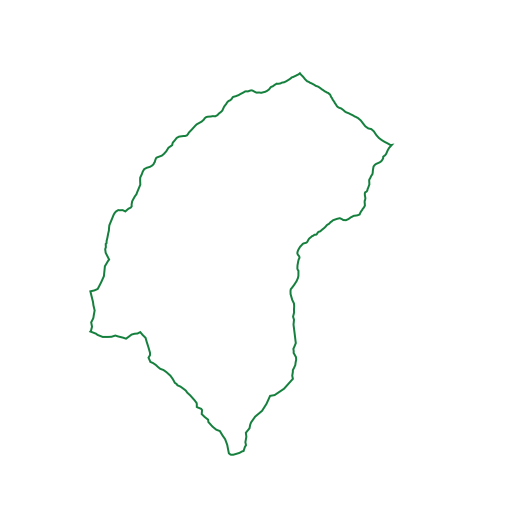 the district of Gasetsho Om, Wangdi Phodrang, Bhutan, rotated 320°
{"feature_id": "84629894B49729691627906", "entity_name": "Gasetsho Om", "entity_type": "district", "adm_level": 2, "iso_a3": "BTN", "parent_name": "Bhutan", "parent_adm1": "Wangdi Phodrang", "projection": "mercator", "projection_center": [89.831, 27.343], "detail": "fine", "context": "isolated", "style": "outline", "palette": "green", "viewbox_px": 512, "rotation_deg": 320, "n_neighbors": 0, "source": "geoboundaries", "source_scale": "gbopen_adm2", "svg_char_len": 6138}
<svg xmlns="http://www.w3.org/2000/svg" viewBox="0 0 512 512"><g transform="rotate(320 256 256)"><path d="M431.4,258.2L430.4,257.6L429.2,254.3L427.9,251.3L426.8,248.0L426.0,244.5L425.9,240.6L426.4,236.2L425.9,232.9L424.0,230.4L423.1,226.9L423.2,223.5L423.4,219.5L422.7,215.5L422.3,214.8L421.9,213.6L421.2,212.4L420.9,211.3L420.5,210.2L419.8,208.7L419.3,207.6L418.9,206.5L417.4,203.8L417.0,202.6L416.7,200.3L416.2,198.2L415.9,197.3L415.3,196.5L414.8,195.5L414.4,194.3L414.3,193.3L414.7,190.4L414.7,189.4L415.0,188.7L415.0,187.9L415.2,186.6L415.2,185.5L415.6,184.4L415.7,183.5L415.8,182.3L416.2,181.1L416.5,179.9L416.2,178.7L416.2,177.7L415.5,176.6L415.1,175.3L414.6,174.3L414.3,173.1L414.0,171.9L413.6,170.8L413.3,169.2L413.0,168.1L412.7,167.0L412.3,165.9L411.6,164.8L411.1,164.0L410.7,162.4L410.0,160.7L409.7,159.9L409.3,159.0L408.9,158.4L408.6,157.6L408.4,156.7L408.0,155.9L407.5,155.1L407.2,152.1L407.3,149.0L407.0,145.7L407.1,144.2L405.3,144.2L403.9,143.8L402.3,143.5L400.7,143.0L399.9,142.9L398.5,142.3L397.8,142.1L397.1,142.3L396.3,142.2L395.0,142.1L391.6,141.6L390.0,141.2L389.2,141.0L387.4,139.9L385.6,139.5L383.8,138.4L383.1,137.9L382.7,137.3L381.4,137.1L380.2,136.9L377.9,136.8L376.4,136.2L375.6,136.2L374.6,136.4L373.4,136.7L372.8,136.8L372.1,136.7L370.5,136.6L369.8,136.4L368.5,136.1L367.3,135.5L365.9,134.8L364.8,134.3L364.0,133.3L363.3,132.6L362.4,131.9L361.6,131.4L361.0,130.4L360.3,128.7L359.9,127.6L359.5,126.8L359.1,126.3L358.4,125.8L357.3,125.3L356.6,125.1L355.6,124.7L354.7,123.9L354.2,123.4L353.2,122.9L351.6,122.7L350.4,122.4L349.4,122.2L348.3,121.9L346.8,121.7L345.2,121.3L344.6,121.0L343.7,120.8L343.0,120.5L342.2,120.1L340.9,119.5L340.2,119.4L338.7,119.9L337.8,120.1L336.2,120.1L335.2,119.8L334.7,119.6L333.2,119.7L332.6,119.8L330.8,120.4L328.4,120.9L327.3,121.2L326.1,121.8L325.0,122.3L324.0,122.8L322.7,123.1L321.0,123.1L319.6,123.0L318.4,123.1L317.0,123.3L314.6,122.8L312.7,121.0L311.2,120.2L308.6,118.3L307.2,117.6L305.1,117.5L303.8,118.0L300.7,118.1L295.1,117.0L293.0,117.2L287.8,117.9L283.9,118.3L282.2,118.9L280.6,119.2L278.8,118.5L277.9,117.7L275.4,116.1L273.8,115.1L271.5,114.6L270.8,114.6L268.2,115.2L265.5,115.6L264.7,115.9L263.0,117.2L258.5,116.8L254.6,118.1L251.0,118.6L248.4,118.6L245.0,117.4L243.8,116.9L242.3,116.8L240.5,117.8L238.7,119.0L237.7,119.2L236.6,119.8L236.0,119.9L234.1,119.9L232.0,119.5L229.0,118.2L226.2,117.6L223.6,118.5L221.0,120.0L217.7,121.5L216.0,123.4L213.2,127.0L205.7,130.9L204.2,131.8L201.4,132.5L199.0,133.4L196.3,134.5L193.9,136.5L192.6,138.1L191.2,138.4L188.7,137.8L185.6,137.8L184.6,137.9L183.3,135.1L180.9,133.3L180.0,132.3L177.4,131.9L175.5,132.2L174.2,132.6L172.9,133.2L169.5,135.0L163.4,138.2L161.5,140.0L159.6,142.0L158.5,142.8L158.0,143.2L157.3,143.7L154.0,146.4L153.2,147.0L151.3,148.4L149.7,150.1L148.6,150.2L146.6,152.8L144.9,153.8L142.9,156.9L141.2,164.3L139.8,164.6L139.1,164.8L136.9,165.6L133.7,166.7L126.5,173.7L120.7,176.5L115.8,178.6L115.2,178.8L113.5,179.5L110.1,178.5L106.4,176.6L101.5,186.6L99.8,189.2L97.4,194.0L94.0,196.8L91.6,198.9L90.4,199.5L87.1,200.9L84.9,204.8L81.5,207.2L80.6,207.4L83.5,212.7L83.9,214.6L86.5,219.4L90.8,223.0L93.4,225.0L97.1,226.5L98.6,228.9L101.6,233.0L103.3,235.8L106.3,236.0L110.2,236.2L113.0,237.5L115.4,239.2L118.4,239.9L118.4,243.6L118.8,247.7L117.3,251.0L115.0,256.6L112.6,262.0L111.1,263.8L108.3,264.8L107.5,267.7L107.0,269.2L108.3,271.8L109.2,275.0L109.6,278.2L110.1,280.8L111.8,283.8L112.7,287.2L113.5,292.8L113.1,297.2L112.3,301.0L112.9,303.0L112.7,304.5L114.2,307.5L114.9,310.3L115.7,313.8L115.5,316.6L116.0,320.3L116.2,327.1L116.0,330.5L115.3,331.6L113.6,333.6L113.8,334.2L115.8,337.9L115.6,339.4L112.8,342.2L113.2,346.3L114.1,350.6L112.8,352.6L113.0,358.6L113.9,363.5L115.8,366.9L115.0,371.9L114.6,376.5L112.6,382.1L110.7,385.5L108.4,389.7L108.8,391.6L109.1,392.2L110.8,393.6L113.5,394.8L116.8,396.2L119.9,396.8L121.1,397.4L124.8,395.1L126.7,394.5L128.2,391.8L130.7,389.7L132.4,388.3L134.6,384.9L140.3,383.8L143.1,381.5L145.3,380.3L152.1,378.5L161.1,378.5L169.0,376.0L176.9,372.2L180.8,374.5L192.1,375.7L205.3,373.8L206.8,371.0L209.6,368.6L210.9,367.1L213.3,366.1L216.0,364.8L217.8,363.1L220.2,361.2L221.6,359.2L222.1,356.7L222.5,354.5L223.8,353.0L224.9,351.2L227.7,349.8L230.5,348.3L231.8,346.3L237.2,338.0L240.6,332.7L244.1,329.3L245.4,326.3L248.8,323.8L250.7,321.4L252.9,319.1L254.6,316.7L255.5,313.0L258.0,307.4L260.0,304.9L261.3,303.8L263.4,303.4L266.4,302.7L268.4,302.1L271.0,301.3L274.0,299.8L275.7,298.5L279.0,294.6L279.1,293.5L279.3,292.9L279.7,292.1L281.9,289.7L282.7,289.1L284.3,287.7L285.9,286.5L286.6,286.0L287.7,285.6L288.5,284.9L288.9,283.9L288.9,281.9L289.4,280.5L289.8,280.1L290.8,279.3L292.5,278.4L295.9,277.2L296.6,277.2L299.6,276.8L300.4,276.9L302.7,278.0L303.5,278.2L304.5,278.1L305.2,277.8L305.8,277.5L307.3,277.0L308.3,276.8L310.2,276.9L311.6,276.8L312.6,277.2L314.5,277.3L315.6,278.2L316.1,278.4L316.7,278.3L318.6,277.7L319.1,277.7L319.8,277.8L320.5,278.2L321.2,278.4L323.5,278.3L326.0,278.4L327.8,278.3L328.6,278.2L329.2,278.0L330.3,277.9L331.2,278.0L332.6,278.3L333.4,278.2L334.6,278.0L335.3,278.0L335.9,278.2L337.4,278.1L338.2,278.2L340.6,279.1L341.9,279.6L344.5,280.9L345.5,283.0L345.7,283.7L346.0,284.6L346.7,285.2L347.7,286.2L348.2,286.5L349.5,286.8L350.4,287.1L351.5,287.2L353.3,287.3L354.1,287.5L356.8,288.1L357.7,288.7L358.6,289.3L359.8,290.0L360.6,290.3L362.1,290.8L363.1,290.2L365.1,289.4L367.1,288.9L367.8,288.6L368.5,288.4L369.5,288.3L371.8,287.4L373.0,285.8L373.5,285.0L374.0,284.4L374.7,283.6L375.4,283.3L375.9,282.9L376.8,282.2L377.4,281.3L377.9,280.4L378.6,279.2L379.1,278.6L379.5,278.1L380.1,277.6L380.7,277.4L381.5,277.6L382.2,277.7L383.3,277.4L384.6,276.4L385.3,276.1L386.2,275.6L388.9,274.0L390.4,272.0L391.5,270.6L392.1,270.2L392.8,270.0L393.4,269.8L395.3,268.9L396.4,268.5L397.7,268.2L398.8,267.3L399.3,266.9L399.9,266.2L401.4,264.8L403.1,263.4L403.6,263.0L404.4,262.8L405.4,262.6L406.8,262.6L407.6,262.8L410.7,263.7L412.2,263.9L413.6,263.8L415.7,263.1L416.3,262.8L417.3,261.7L418.1,261.7L418.8,261.8L419.9,261.8L421.4,261.4L422.4,260.9L424.8,259.7L425.5,259.4L426.5,259.1L427.3,258.8L429.1,258.5L431.4,258.2Z" fill="none" stroke="#15803d" stroke-width="2"/></g></svg>